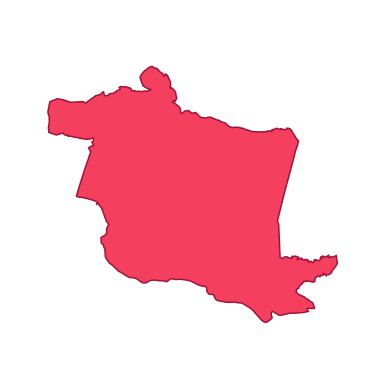 outline of Poncitlán, Jalisco, Mexico, rotated 188°
{"feature_id": "50627088B14404540858707", "entity_name": "Poncitlán", "entity_type": "district", "adm_level": 2, "iso_a3": "MEX", "parent_name": "Mexico", "parent_adm1": "Jalisco", "projection": "albers", "projection_center": [-102.942, 20.264], "detail": "fine", "context": "isolated", "style": "filled", "palette": "rose", "viewbox_px": 384, "rotation_deg": 188, "n_neighbors": 0, "source": "geoboundaries", "source_scale": "gbopen_adm2", "svg_char_len": 5904}
<svg xmlns="http://www.w3.org/2000/svg" viewBox="0 0 384 384"><g transform="rotate(188 192 192)"><path d="M93.8,254.2L93.9,256.7L93.6,257.4L96.5,259.8L97.9,261.8L101.3,265.5L101.9,266.6L101.9,266.9L102.3,267.1L102.2,266.9L103.6,267.7L103.6,268.1L105.6,268.6L107.0,268.3L106.9,267.6L107.3,267.3L108.5,266.7L109.9,266.5L111.0,266.9L112.8,266.7L112.8,267.1L113.0,267.1L113.4,266.8L113.5,266.3L115.6,266.5L117.1,266.9L119.6,265.3L121.3,265.0L121.3,264.7L120.9,264.5L121.3,263.8L121.3,263.0L122.5,263.0L122.6,263.4L123.2,263.0L125.5,263.1L126.5,262.2L127.0,262.0L128.4,261.7L131.8,261.3L133.7,260.7L137.0,260.6L139.2,260.2L141.5,260.5L142.3,260.3L145.5,261.2L146.4,260.8L147.1,261.4L148.1,261.3L148.4,261.6L149.2,261.6L149.6,262.1L150.4,262.0L151.2,262.2L152.7,262.0L153.4,262.5L153.6,262.2L154.6,262.5L159.6,262.0L160.5,261.5L163.0,261.7L164.8,262.2L168.7,265.0L173.1,265.6L175.0,266.7L177.7,266.9L180.9,267.8L181.8,267.9L182.2,268.2L182.8,268.4L183.2,268.3L184.5,268.7L186.9,268.1L188.8,267.0L191.1,267.3L192.5,267.0L193.8,267.2L195.8,268.2L196.3,268.6L196.7,269.4L198.8,270.6L199.3,271.2L199.8,271.2L202.2,270.2L203.1,270.2L206.4,271.9L207.3,272.1L210.5,271.1L213.0,268.3L214.1,268.5L215.0,272.4L215.5,273.3L216.5,274.5L220.8,277.1L223.3,278.0L223.7,278.3L223.7,279.1L223.3,279.4L222.2,279.5L221.8,279.8L221.3,279.4L220.4,282.1L220.3,283.3L221.1,285.3L221.5,285.7L221.8,287.8L223.4,290.0L225.2,291.4L226.5,292.2L227.3,292.2L227.6,291.9L228.1,292.2L228.1,295.7L228.4,296.2L228.6,297.8L230.0,299.7L229.9,299.9L232.1,303.0L231.9,303.2L234.2,305.2L235.8,302.9L236.1,304.0L237.2,305.0L240.6,306.6L243.5,309.3L246.5,309.7L248.2,310.3L248.7,310.8L249.1,310.8L250.4,310.3L253.3,308.0L254.5,306.5L255.5,305.8L257.1,303.7L258.7,300.5L259.1,299.4L259.3,298.0L259.1,297.4L258.5,297.0L258.0,295.2L257.6,294.8L257.4,293.5L257.0,293.0L256.2,292.5L255.4,290.4L254.8,290.3L252.7,289.1L249.5,288.0L247.0,287.7L247.0,287.3L249.9,285.8L251.7,285.4L253.5,285.4L254.8,284.5L259.4,284.3L260.2,284.0L261.4,283.9L262.7,284.3L265.2,284.0L266.2,284.1L266.7,285.6L267.3,285.9L268.1,286.0L268.1,286.5L270.3,286.5L271.4,287.0L273.9,286.8L274.9,286.5L276.6,286.6L277.4,286.4L278.6,285.5L278.2,285.2L277.4,283.8L280.8,281.5L283.8,278.7L286.3,278.2L287.2,277.8L288.7,276.0L290.7,275.2L291.6,275.4L292.4,276.0L293.2,277.5L293.2,278.5L293.7,278.8L294.1,278.8L296.7,275.5L300.6,274.1L309.8,265.2L312.3,266.3L313.2,266.2L324.8,263.9L332.3,265.4L338.4,265.6L345.4,261.5L345.9,251.3L344.6,247.8L343.7,246.9L343.7,244.6L343.1,242.3L343.1,235.1L342.4,233.2L342.0,231.0L334.2,229.6L328.0,232.5L326.6,231.1L325.2,230.7L322.6,230.8L322.6,230.1L319.2,230.3L315.8,229.9L311.8,230.0L310.3,229.3L310.2,228.8L310.2,229.9L308.1,229.4L306.6,229.8L304.7,229.3L299.8,230.5L298.0,231.7L297.1,231.5L296.9,227.5L298.0,227.4L295.9,224.3L298.4,223.3L300.6,221.4L297.9,217.7L301.6,198.2L303.7,186.0L305.9,171.9L305.2,171.5L304.1,171.3L302.9,171.1L300.7,171.4L294.3,170.8L287.2,169.8L285.6,169.3L283.8,168.1L284.9,167.0L284.6,166.6L283.8,167.8L279.2,163.3L272.3,150.4L270.5,149.3L269.9,148.2L270.8,146.5L271.3,143.7L271.4,142.7L270.9,140.7L270.8,139.6L271.1,138.6L272.5,136.6L274.7,135.3L275.4,134.6L275.8,133.7L275.7,133.0L275.3,132.4L275.0,129.6L274.3,128.4L272.7,127.7L271.5,125.0L270.3,123.3L268.9,116.2L268.0,114.5L264.8,110.9L263.3,109.8L260.0,108.0L254.0,103.5L250.5,102.2L245.0,99.7L241.8,98.6L238.0,98.9L236.0,98.7L233.9,98.1L229.9,95.7L227.9,95.2L226.6,95.2L225.0,95.6L224.1,96.1L222.3,97.8L220.6,98.7L217.3,99.5L212.0,99.6L207.6,100.1L205.3,99.6L204.6,99.7L204.1,100.0L201.3,102.8L200.4,103.3L197.2,103.0L194.2,103.4L191.3,104.0L184.9,104.0L181.0,103.6L171.8,100.6L167.7,100.1L166.9,100.7L164.4,99.4L163.7,98.2L163.6,96.1L162.6,94.7L161.4,93.5L160.1,93.1L157.9,93.5L157.0,93.4L155.8,92.3L153.7,89.1L152.9,88.6L150.9,88.0L142.5,87.6L139.9,87.9L134.4,89.0L131.1,88.7L128.5,89.0L126.1,88.6L117.3,84.7L114.8,82.9L106.3,75.5L103.5,73.7L101.4,73.2L100.5,73.3L99.0,74.1L95.9,77.4L95.3,78.3L95.2,78.9L96.2,80.8L96.7,83.2L96.2,84.4L95.6,84.8L94.8,84.7L88.7,82.1L86.6,82.4L78.0,85.7L73.0,86.4L65.6,88.0L60.2,89.9L60.1,90.2L61.2,90.0L61.7,92.8L54.6,93.7L54.7,94.6L54.9,94.6L55.0,95.0L55.5,96.1L57.1,99.1L61.0,100.8L61.5,101.5L62.1,101.8L64.6,102.4L66.1,103.7L72.6,105.6L75.0,107.7L75.0,109.6L74.8,110.4L74.4,110.8L73.0,111.5L72.7,113.4L71.7,114.9L71.6,115.5L70.1,116.2L69.9,117.6L69.2,118.0L68.9,118.9L68.2,118.9L67.5,119.5L66.8,119.4L66.4,119.9L65.7,119.5L64.6,120.2L62.2,119.7L61.3,120.0L60.3,119.5L59.0,120.1L58.4,120.1L58.1,120.3L58.4,120.7L58.3,121.0L58.0,121.2L58.3,122.2L58.0,122.6L57.8,124.0L57.3,124.5L57.4,124.8L56.3,125.8L55.2,126.0L54.5,126.3L54.0,126.3L53.7,125.9L53.4,126.0L53.1,127.2L51.8,127.3L50.7,127.9L50.4,128.4L50.7,129.7L50.0,129.7L49.7,129.3L49.0,129.1L48.9,128.9L47.4,127.8L47.3,128.5L46.8,128.8L44.5,129.4L44.3,129.9L42.9,131.1L42.6,131.8L42.2,133.7L40.6,136.2L38.9,139.4L38.1,142.1L39.9,147.0L39.8,148.0L40.3,149.1L43.6,147.2L45.7,147.1L46.0,146.2L47.0,146.2L47.4,146.5L47.7,148.3L48.1,148.4L48.8,146.9L49.3,147.3L50.7,146.3L51.3,146.1L52.5,146.2L53.5,146.8L53.7,146.4L53.3,145.3L53.6,145.0L54.2,145.8L55.2,145.5L55.3,145.7L55.5,145.5L55.8,144.3L55.3,143.4L56.2,142.0L56.9,141.6L58.1,141.9L58.6,141.7L59.9,141.9L60.0,142.2L60.4,142.1L60.5,141.7L61.4,141.9L61.4,140.7L61.8,139.4L62.9,138.7L63.7,139.7L64.4,139.9L64.8,139.9L65.3,139.3L65.5,139.2L65.5,138.9L66.2,138.8L67.1,139.0L67.5,139.5L67.1,140.3L68.5,141.1L69.6,140.8L69.7,141.0L70.4,141.1L70.5,140.6L71.4,140.3L71.6,140.5L72.9,140.4L74.0,140.6L73.8,141.4L74.2,141.7L75.8,141.5L76.2,141.1L77.2,140.8L77.2,140.4L77.6,140.2L77.4,140.0L77.6,139.8L78.3,139.7L77.7,141.6L77.7,142.3L80.7,142.9L82.3,142.2L83.5,142.5L84.4,141.2L83.8,140.5L83.9,140.2L85.8,140.0L87.4,140.4L88.3,140.9L90.1,141.0L92.4,139.8L93.0,139.0L93.6,138.7L94.0,138.7L95.7,139.5L101.7,172.3L102.7,173.7L103.4,175.0L100.6,202.3L96.2,237.8L95.3,246.6L93.8,254.2Z" fill="#f43f5e" stroke="#9f1239" stroke-width="1.5"/></g></svg>